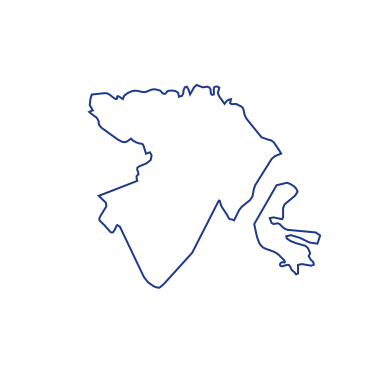 SVG path tracing the border of Sirdaryo, rotated 311°
{"feature_id": "UZB-371", "entity_name": "Sirdaryo", "entity_type": "Region", "adm_level": 1, "iso_a3": "UZB", "parent_name": "Uzbekistan", "parent_adm1": "", "projection": "mercator", "projection_center": [68.713, 40.386], "detail": "fine", "context": "isolated", "style": "outline", "palette": "blue", "viewbox_px": 384, "rotation_deg": 311, "n_neighbors": 0, "source": "natural_earth", "source_scale": "10m", "svg_char_len": 3484}
<svg xmlns="http://www.w3.org/2000/svg" viewBox="0 0 384 384"><g transform="rotate(311 192 192)"><path d="M279.5,234.1L273.5,231.1L269.3,230.4L238.7,235.2L235.0,236.7L228.4,240.5L224.0,241.1L213.2,239.2L209.0,239.5L198.5,242.3L198.5,242.2L198.4,242.2L196.2,237.8L196.8,235.7L197.6,234.0L200.2,224.6L200.9,222.8L201.7,221.5L202.6,220.3L203.6,218.6L203.4,218.1L202.5,218.0L146.3,232.0L103.6,231.1L98.4,230.2L97.7,229.3L96.6,227.4L95.8,225.4L95.0,218.7L95.6,214.8L96.3,211.4L118.5,160.4L118.0,157.3L116.2,157.4L112.9,158.5L109.7,158.8L108.7,157.9L108.3,156.6L109.5,147.5L109.8,141.6L110.2,140.3L111.1,139.6L112.2,139.1L114.6,138.5L124.9,136.8L127.4,134.1L127.9,124.1L142.4,131.8L164.5,143.4L164.9,142.8L165.2,142.2L166.3,141.0L167.5,139.8L168.9,139.9L170.3,140.0L171.0,139.1L171.7,138.2L172.2,137.2L172.8,136.1L173.6,135.5L174.5,134.9L175.6,135.1L176.7,135.3L180.4,137.2L184.2,139.0L186.7,139.4L189.2,139.8L191.2,138.6L193.2,137.4L193.8,135.8L194.3,134.1L192.5,133.2L190.7,132.2L193.0,128.5L195.3,124.7L195.5,123.9L195.7,123.0L194.9,121.6L194.1,120.3L193.4,118.7L192.8,117.2L192.5,115.6L192.1,114.1L192.2,112.5L192.3,111.0L189.9,110.4L187.5,109.8L186.6,109.3L185.7,108.8L185.0,107.8L184.2,106.8L183.6,104.5L183.0,102.2L182.0,91.8L181.1,81.4L181.4,79.5L181.8,77.6L182.3,77.0L182.8,76.3L183.4,75.9L184.0,75.4L184.6,74.0L185.2,72.6L185.4,71.4L185.5,70.2L185.2,67.4L185.0,64.6L185.0,63.3L185.0,61.9L185.4,62.1L185.9,62.4L186.8,62.7L187.6,63.1L188.1,63.3L188.5,63.6L189.5,60.7L190.5,57.8L193.1,56.0L195.8,54.2L199.8,52.4L209.3,61.2L210.8,63.4L211.4,65.9L211.7,71.8L212.2,73.6L213.2,74.2L214.8,73.0L215.6,73.0L216.2,74.6L216.8,78.9L219.9,77.7L224.0,78.4L228.1,80.2L230.9,82.3L232.6,84.5L234.8,88.7L236.2,90.6L237.4,91.6L242.5,94.2L244.5,95.8L245.5,97.1L247.5,101.1L247.6,102.2L247.3,105.1L247.5,106.2L248.7,107.4L250.0,107.5L251.4,107.2L252.7,107.7L255.3,110.1L257.3,113.1L257.8,116.4L255.3,119.7L258.2,121.4L260.8,120.6L263.4,118.8L266.3,117.9L268.1,118.9L267.4,121.4L264.4,126.5L272.3,124.9L275.8,125.2L278.0,131.4L281.4,134.3L282.3,136.6L281.6,138.7L278.6,141.7L278.5,143.5L279.9,144.4L281.8,143.0L283.8,141.0L285.6,140.0L287.3,140.8L288.5,142.5L288.5,144.3L283.8,146.4L282.0,149.8L279.9,158.7L282.0,158.5L284.0,158.6L285.9,159.3L287.6,160.5L284.0,162.5L284.4,164.5L286.4,166.4L287.6,168.0L288.0,170.0L288.6,172.1L289.0,174.4L288.2,176.5L285.5,180.0L284.5,181.8L283.3,184.3L282.9,186.0L278.9,208.6L281.6,215.4L282.8,217.5L283.2,221.1L280.5,230.9L279.5,234.1L279.5,234.1ZM252.6,251.4L261.4,257.7L262.6,261.2L263.2,264.9L262.9,268.5L261.4,271.5L257.1,272.2L243.4,270.0L239.6,271.3L233.0,277.1L230.6,277.9L226.3,270.2L223.3,267.8L220.9,272.3L221.3,274.5L224.6,277.2L225.3,279.1L224.9,284.1L225.2,286.4L226.1,288.9L242.6,311.8L243.3,317.2L235.3,320.6L231.0,313.9L228.1,303.3L224.3,294.9L220.4,292.2L219.1,294.1L219.7,298.7L221.6,304.0L225.8,313.0L225.7,316.4L223.4,321.1L222.7,321.6L220.7,321.9L220.1,322.3L218.8,326.0L218.8,326.4L218.8,327.6L218.4,330.0L217.1,331.6L214.6,330.3L209.6,322.1L206.5,319.8L200.1,325.5L198.1,324.6L198.6,322.1L198.6,318.3L199.6,316.2L200.2,314.4L200.5,313.0L199.9,312.1L199.0,311.3L195.6,309.2L194.7,308.3L194.4,307.4L194.5,306.4L196.0,305.5L197.2,305.6L198.2,306.2L198.9,307.2L199.5,308.1L200.2,308.0L200.9,306.7L201.5,298.6L201.3,296.3L201.1,295.0L200.5,292.7L198.9,288.3L198.5,287.4L198.4,287.1L197.8,285.8L197.1,283.5L196.8,282.1L196.8,280.5L196.9,278.7L197.7,276.0L200.6,270.7L208.6,260.0L252.6,251.4Z" fill="none" stroke="#1e3a8a" stroke-width="2"/></g></svg>